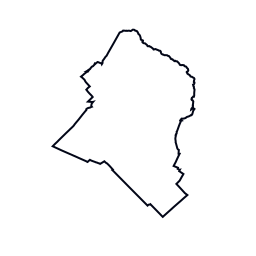 the district of Merei, Buzau, Romania, rotated 74°
{"feature_id": "2599482B56691753732557", "entity_name": "Merei", "entity_type": "district", "adm_level": 2, "iso_a3": "ROU", "parent_name": "Romania", "parent_adm1": "Buzau", "projection": "orthographic", "projection_center": [26.654, 45.125], "detail": "fine", "context": "isolated", "style": "outline", "palette": "ink", "viewbox_px": 256, "rotation_deg": 74, "n_neighbors": 0, "source": "geoboundaries", "source_scale": "gbopen_adm2", "svg_char_len": 5344}
<svg xmlns="http://www.w3.org/2000/svg" viewBox="0 0 256 256"><g transform="rotate(74 128 128)"><path d="M208.0,130.6L207.9,130.4L207.7,130.1L207.5,129.6L207.4,129.0L207.5,128.4L207.7,128.0L207.6,127.9L207.4,127.5L223.0,119.1L216.2,105.1L213.1,98.5L213.1,98.4L210.9,93.9L208.8,89.4L206.1,91.4L205.6,91.6L199.4,94.7L195.1,96.9L192.8,92.8L190.1,90.1L187.5,87.4L183.6,90.7L182.5,89.7L182.5,89.8L181.0,91.5L180.0,90.9L177.1,94.6L175.8,93.4L174.1,91.7L171.6,89.6L169.2,87.5L167.0,85.5L166.6,86.5L163.1,85.2L162.4,85.8L162.0,86.0L161.4,86.2L160.8,86.2L155.5,86.1L155.1,86.2L153.8,85.8L152.2,85.6L151.2,85.4L149.6,84.7L149.2,84.4L148.2,84.3L148.0,84.2L147.9,83.8L147.7,83.8L147.4,83.7L146.9,83.3L146.9,83.0L146.5,82.7L145.7,82.4L145.2,82.3L145.2,82.2L143.2,80.7L141.1,79.2L140.1,78.5L138.4,77.2L138.0,76.9L137.1,76.1L136.4,75.6L136.2,75.6L135.9,75.8L135.5,75.8L135.7,74.7L135.7,74.3L134.6,75.1L134.4,75.0L134.3,74.8L134.3,74.1L134.1,74.0L133.8,73.8L134.0,73.2L134.3,71.8L134.3,70.0L134.2,69.7L133.9,69.2L133.6,68.2L133.6,67.7L133.6,66.4L133.4,65.3L133.1,64.3L132.8,63.5L133.1,63.3L132.8,62.8L132.3,62.3L131.3,61.7L130.6,61.3L129.5,60.6L128.4,59.4L128.1,59.1L128.0,58.9L127.7,59.1L127.4,59.4L126.8,59.9L127.6,62.1L127.2,61.9L126.8,61.5L126.1,60.5L125.6,59.7L124.8,59.7L124.5,59.4L124.3,59.4L124.0,59.3L123.8,59.4L122.7,58.8L121.6,58.4L120.4,57.9L119.1,58.3L118.9,58.8L118.1,59.1L117.9,59.1L117.7,59.0L117.4,58.6L117.1,58.6L116.6,58.3L116.4,57.6L116.0,57.0L115.8,56.8L116.0,56.3L116.1,56.0L115.0,55.4L114.7,55.3L114.4,55.2L113.9,55.1L112.6,54.7L110.5,53.9L109.6,53.5L109.0,53.5L108.7,53.6L108.2,53.5L107.7,53.7L107.2,53.5L106.8,53.3L106.2,53.3L105.8,53.6L105.6,53.6L105.4,53.6L105.2,53.5L104.8,53.5L104.4,53.5L104.5,53.1L104.3,52.7L103.8,52.3L103.6,52.1L103.4,51.9L103.1,51.8L102.8,51.6L102.5,51.6L102.4,51.8L102.3,52.0L102.1,52.1L101.8,52.0L101.6,51.9L101.3,51.8L100.3,51.3L99.3,50.6L98.9,50.6L98.4,50.7L98.1,50.8L96.9,52.1L96.4,52.4L96.3,52.6L96.0,53.3L95.7,53.7L95.6,53.8L95.0,53.8L94.6,53.9L93.8,54.4L93.1,55.2L92.1,55.9L91.8,55.7L91.6,55.8L90.9,56.1L90.5,56.2L90.4,56.2L90.2,56.0L90.1,55.6L90.0,55.1L89.7,54.5L89.3,54.2L88.6,54.1L87.9,54.1L87.6,54.1L86.4,54.8L85.8,55.0L85.2,55.1L84.7,55.6L84.6,55.8L84.4,56.3L84.1,56.6L83.2,56.9L83.0,57.0L82.9,57.2L82.8,57.7L82.4,58.4L82.3,58.8L82.3,59.6L81.6,60.7L81.4,60.8L80.6,60.9L80.2,61.0L79.9,61.1L78.2,62.0L77.6,62.3L77.3,62.7L77.2,63.3L77.1,63.5L76.7,63.8L76.4,64.1L76.6,64.7L76.6,64.8L76.5,65.0L75.8,65.3L75.6,65.4L75.1,65.9L74.6,66.2L74.2,66.3L74.1,66.5L73.9,67.1L73.5,67.4L73.4,67.6L73.3,67.8L73.2,67.8L72.8,67.8L72.6,67.8L71.3,68.3L70.5,68.7L70.2,68.8L70.0,69.0L69.8,69.6L69.1,70.1L68.9,70.3L68.5,71.3L68.3,71.9L68.2,72.5L68.0,73.0L67.1,73.9L66.9,74.5L66.2,75.1L65.8,75.4L64.6,75.6L64.3,75.6L63.8,75.4L63.3,75.5L63.0,75.6L62.8,75.7L62.5,76.0L62.4,76.3L62.3,76.8L62.2,76.9L61.6,77.4L60.9,78.3L60.3,79.2L59.9,79.5L59.7,79.8L59.6,80.2L59.6,80.6L59.7,81.3L59.6,81.8L59.3,81.9L58.7,82.0L56.1,83.9L56.0,84.2L55.8,84.5L55.1,85.0L55.0,85.8L55.0,86.2L54.9,86.4L54.7,86.6L54.4,86.7L53.7,86.8L53.2,87.0L52.7,87.4L52.1,87.8L51.5,88.1L51.4,88.3L50.9,89.3L50.7,89.7L49.9,90.3L49.2,90.5L49.1,90.4L48.9,89.9L48.7,89.8L48.3,89.5L48.1,89.5L47.9,89.6L47.8,89.9L47.1,90.6L46.7,91.2L46.5,91.3L46.1,91.2L44.8,91.0L44.2,91.0L43.3,91.0L42.8,91.0L42.1,91.2L41.5,91.3L41.3,91.4L40.7,92.0L40.3,92.1L39.7,92.1L39.3,92.2L39.0,92.2L38.4,92.3L37.4,92.7L37.3,93.1L36.8,93.4L36.4,94.3L35.5,94.7L35.3,95.0L34.8,96.2L35.6,98.6L34.7,100.2L34.5,101.4L34.5,101.7L34.2,102.4L34.0,102.8L34.1,103.1L33.4,104.7L33.1,105.6L33.0,105.9L33.1,106.1L33.4,106.3L33.6,106.6L33.7,108.0L33.9,109.1L33.9,109.7L42.8,118.7L50.3,126.4L52.7,128.7L53.3,129.9L55.3,132.3L56.3,133.7L57.3,134.2L58.0,134.4L58.7,134.7L59.4,135.5L59.2,135.5L58.7,135.4L58.5,135.6L58.3,135.8L58.2,136.4L56.3,138.8L56.2,139.1L56.5,139.6L56.5,140.0L56.8,140.7L57.4,141.8L56.9,142.1L57.5,142.7L58.2,143.3L58.6,144.1L58.9,144.5L59.1,145.9L59.5,146.4L59.5,146.5L59.8,146.9L60.2,147.5L60.8,148.1L60.8,148.4L60.9,148.5L60.9,148.8L61.1,148.9L61.2,149.4L61.3,149.9L61.3,150.2L61.7,150.9L62.0,152.1L62.5,150.8L62.8,151.2L62.6,151.9L64.2,155.8L64.5,156.2L65.0,157.4L65.7,159.0L66.8,158.2L69.3,156.7L69.6,156.5L70.5,156.4L72.3,155.9L77.5,153.3L78.5,155.6L79.4,157.0L79.7,157.5L82.4,156.4L83.4,155.9L84.0,155.6L84.6,155.3L84.8,155.2L86.0,154.5L88.3,153.4L88.5,153.4L89.8,155.9L91.6,159.2L92.9,155.9L93.3,154.6L93.3,154.4L94.4,156.0L94.8,156.3L95.7,156.8L96.3,157.1L96.8,157.2L97.1,157.1L97.6,156.9L97.6,157.3L97.9,158.8L97.9,159.1L97.8,159.5L97.8,159.8L97.8,160.1L97.8,160.5L97.8,160.8L97.8,161.2L98.2,162.6L98.4,162.9L98.5,163.0L99.1,163.1L99.4,163.2L99.6,163.6L100.0,164.3L103.1,168.8L103.5,169.3L105.0,171.4L106.1,172.9L107.8,175.4L108.3,176.2L108.6,176.6L109.9,178.5L110.3,178.9L111.1,180.0L112.7,183.0L112.9,183.5L113.7,184.9L116.0,189.3L116.5,190.2L119.3,195.4L121.1,198.7L121.4,199.1L123.2,202.6L124.8,205.4L131.3,197.9L142.5,184.4L142.7,184.2L148.3,177.5L149.2,176.5L149.5,176.4L149.5,176.2L149.4,176.1L149.1,175.5L148.1,173.4L148.7,172.8L149.4,172.0L150.0,171.2L151.5,169.1L152.4,168.0L152.5,167.6L153.3,166.6L153.7,166.1L154.1,165.5L154.3,165.0L154.5,164.7L154.8,164.6L153.5,159.9L154.4,159.4L155.5,158.7L156.0,158.1L157.8,157.0L159.5,156.1L163.8,154.0L164.0,154.5L164.1,154.4L164.2,154.6L164.5,154.4L184.7,143.4L208.0,130.6Z" fill="none" stroke="#020617" stroke-width="2"/></g></svg>